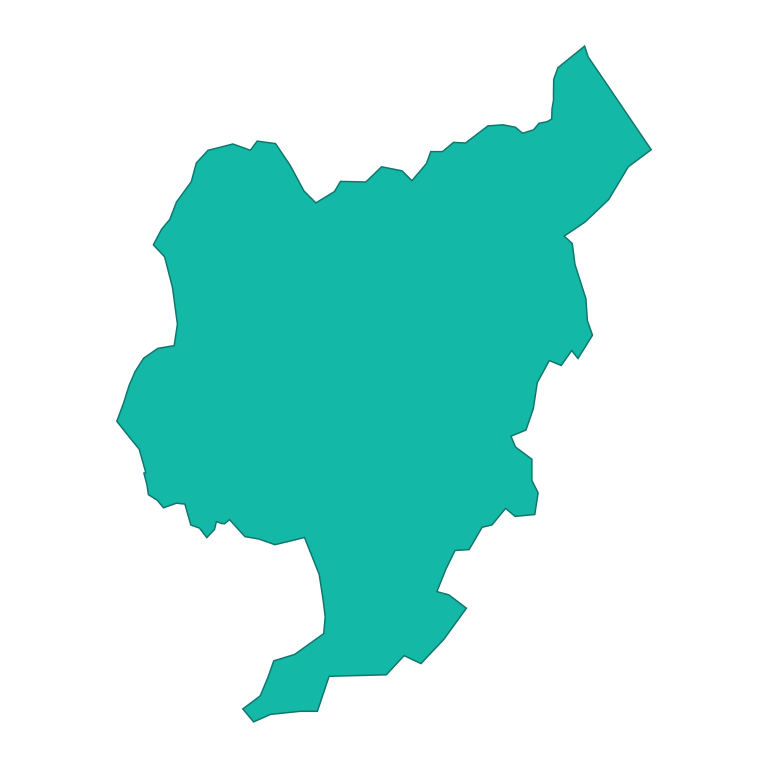 Agridia, Limassol, Cyprus
{"feature_id": "46923920B23740092074441", "entity_name": "Agridia", "entity_type": "district", "adm_level": 2, "iso_a3": "CYP", "parent_name": "Cyprus", "parent_adm1": "Limassol", "projection": "orthographic", "projection_center": [32.995, 34.928], "detail": "fine", "context": "isolated", "style": "filled", "palette": "teal", "viewbox_px": 768, "rotation_deg": 0, "n_neighbors": 0, "source": "geoboundaries", "source_scale": "gbopen_adm2", "svg_char_len": 1697}
<svg xmlns="http://www.w3.org/2000/svg" viewBox="0 0 768 768"><path d="M584.6,46.1L557.9,67.7L553.7,79.3L553.5,91.8L553.5,100.1L552.0,108.9L551.7,119.1L547.0,121.7L539.0,123.3L533.6,129.8L522.6,133.2L515.3,127.2L502.9,124.8L487.9,125.9L465.5,143.0L453.5,142.4L442.5,151.6L430.8,151.6L426.4,163.6L411.9,180.7L402.1,170.9L381.6,166.8L365.8,182.0L340.5,181.4L334.5,191.5L315.9,202.9L303.9,190.9L290.1,165.2L275.5,143.6L257.2,141.1L250.3,150.3L232.9,144.0L208.0,150.3L196.3,163.0L191.3,181.7L176.5,202.0L169.8,219.4L161.6,229.2L153.4,244.7L153.4,244.9L164.6,256.8L172.5,287.5L177.4,324.2L174.2,345.6L157.8,348.4L143.6,358.2L135.1,371.5L129.1,385.5L123.4,403.6L116.8,421.3L129.1,436.8L139.2,449.2L145.8,472.7L143.9,473.1L146.9,484.6L148.4,494.7L157.1,500.1L163.5,507.8L176.4,503.2L184.9,504.1L190.8,525.0L199.5,528.1L206.8,537.6L214.5,529.5L216.4,521.6L221.4,523.5L224.7,523.7L229.5,519.6L244.9,536.6L258.7,539.0L275.0,544.7L304.5,537.5L319.2,574.4L323.1,599.8L325.2,617.0L323.7,633.6L294.5,654.5L273.8,660.8L268.0,677.2L260.2,695.9L242.8,708.9L244.7,711.2L253.6,721.9L270.5,714.4L300.3,711.3L317.4,711.3L329.1,676.3L386.3,674.8L404.1,655.7L421.0,663.6L430.9,653.0L443.8,639.4L456.8,621.5L466.4,608.2L448.9,594.9L436.9,591.6L445.9,569.2L455.0,550.5L469.1,549.6L482.1,527.3L492.0,524.9L505.6,508.4L515.0,516.4L534.8,514.5L538.1,492.8L531.9,480.5L531.9,459.3L515.5,447.0L511.0,436.2L526.0,430.0L533.3,408.8L537.3,382.6L549.3,360.6L561.2,365.5L571.7,350.6L578.0,358.5L592.5,335.2L587.4,320.7L585.9,298.6L579.5,278.7L575.0,264.5L572.3,243.6L564.2,236.1L585.2,221.9L608.7,199.5L628.3,166.8L639.9,158.1L651.2,149.7L602.9,78.5L588.2,57.0L584.6,46.1Z" fill="#14b8a6" stroke="#0f766e" stroke-width="1.5"/></svg>